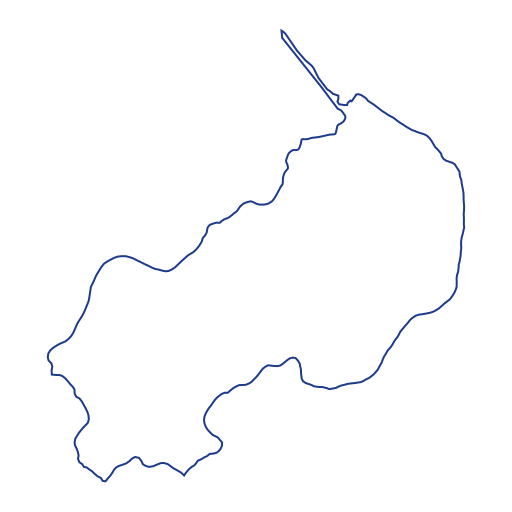 I-1 Barima, Barima-Waini, Guyana
{"feature_id": "73187651B60550575754674", "entity_name": "I-1 Barima", "entity_type": "district", "adm_level": 2, "iso_a3": "GUY", "parent_name": "Guyana", "parent_adm1": "Barima-Waini", "projection": "mercator", "projection_center": [-60.025, 7.862], "detail": "fine", "context": "isolated", "style": "outline", "palette": "blue", "viewbox_px": 512, "rotation_deg": 0, "n_neighbors": 0, "source": "geoboundaries", "source_scale": "gbopen_adm2", "svg_char_len": 5332}
<svg xmlns="http://www.w3.org/2000/svg" viewBox="0 0 512 512"><path d="M356.0,94.7L356.1,95.0L351.6,101.3L350.3,100.6L347.7,102.9L347.1,105.0L344.9,105.1L339.2,104.3L337.5,101.7L338.4,98.7L338.3,95.6L336.7,95.1L332.9,93.8L332.9,93.7L329.8,91.0L327.4,89.5L327.2,89.4L318.6,78.1L313.3,67.7L311.7,65.7L305.3,60.2L296.8,50.4L285.6,34.0L283.6,32.0L282.6,31.4L281.5,30.7L282.2,37.9L321.9,87.7L322.4,88.4L336.5,107.1L337.7,108.7L337.8,108.8L341.0,110.3L343.2,112.9L344.1,114.5L345.1,115.5L345.4,117.5L345.0,119.0L344.3,120.3L343.2,121.8L340.6,123.6L338.5,124.6L337.6,125.5L337.3,126.3L336.0,132.1L335.6,133.3L334.9,134.1L334.1,134.3L329.2,134.7L320.3,136.7L318.2,137.1L311.6,137.9L308.8,138.8L305.7,139.3L303.1,139.1L302.1,139.3L301.7,139.5L301.5,140.0L300.7,144.2L299.7,147.1L298.6,149.1L297.8,149.7L296.3,150.1L293.6,150.0L292.5,150.3L290.8,151.4L289.4,152.6L288.7,153.5L287.8,155.2L286.1,160.2L286.2,162.0L287.4,164.7L287.6,165.6L288.0,167.5L287.8,168.6L284.8,172.3L283.8,174.6L283.0,177.6L282.8,182.0L282.6,184.1L281.9,185.3L281.2,185.9L276.5,194.8L273.9,199.0L272.5,200.8L271.3,201.8L268.3,203.6L264.8,204.5L263.3,204.6L260.2,204.6L258.7,204.4L256.3,203.7L252.7,201.9L250.6,201.3L246.9,202.2L243.3,203.7L240.5,206.1L238.9,208.2L237.1,210.9L235.4,212.4L234.1,213.1L233.1,214.1L229.4,217.1L226.9,218.4L225.7,218.7L223.7,219.6L220.7,221.8L219.8,222.8L218.6,222.8L217.3,222.7L216.1,222.7L211.6,224.1L210.5,224.6L209.5,225.2L208.0,226.9L207.5,228.0L206.7,232.4L206.3,233.4L204.5,236.2L202.9,237.8L201.6,241.9L199.1,245.9L196.2,249.5L193.5,252.0L188.2,255.2L182.3,260.4L175.0,267.4L172.0,269.4L168.8,270.9L165.9,271.3L162.4,270.7L158.3,269.5L155.2,269.0L152.1,267.7L148.6,265.9L145.1,264.3L132.1,257.9L125.8,256.2L121.3,256.2L117.7,256.6L114.0,257.9L110.7,259.6L107.3,261.5L103.9,263.8L101.3,267.1L97.1,273.9L95.5,276.9L93.9,280.8L90.9,286.9L89.2,298.2L88.6,301.1L87.3,304.4L84.1,312.2L82.1,316.0L78.8,321.1L77.2,323.8L73.3,332.8L71.0,336.3L67.9,339.5L65.4,341.4L59.8,343.8L56.7,345.5L53.2,347.8L50.4,350.2L48.3,353.5L47.8,357.4L48.6,360.5L51.4,363.3L52.3,366.7L51.6,370.6L51.8,374.6L56.2,375.0L59.5,375.0L62.3,376.0L64.9,378.0L67.9,381.3L70.0,383.9L72.3,386.3L74.4,389.2L74.7,393.6L76.2,396.7L79.4,398.4L81.9,401.5L86.0,409.0L87.6,412.5L88.5,415.5L88.8,419.5L87.7,423.0L82.5,428.4L78.7,433.1L75.3,438.7L74.6,442.1L75.0,445.3L76.4,448.1L77.8,451.6L78.6,455.6L78.0,458.8L79.3,462.2L82.2,464.1L83.8,466.8L86.8,467.5L89.1,469.3L92.1,471.3L94.5,473.7L97.3,476.1L100.9,478.0L102.7,480.9L105.6,481.3L107.7,478.5L109.8,476.3L112.0,473.3L114.0,469.8L116.1,467.5L118.8,466.0L126.0,463.5L129.2,461.3L131.9,458.7L135.0,457.0L138.9,457.8L141.3,460.8L142.9,464.2L145.8,466.0L149.2,466.9L153.3,466.2L157.2,464.5L160.8,463.1L163.7,463.0L167.5,464.0L170.0,465.7L173.7,468.5L177.0,470.2L181.0,472.5L184.1,475.5L185.6,473.2L187.3,471.1L189.5,468.7L191.8,466.8L194.4,465.3L196.3,463.0L197.8,460.7L200.6,459.6L204.2,457.4L206.9,456.2L209.8,453.9L213.4,453.6L216.8,452.6L219.2,450.7L220.8,448.5L222.0,445.5L222.1,442.4L220.0,440.1L217.9,437.5L215.3,436.2L212.5,434.8L210.1,432.4L207.7,429.8L205.8,426.9L204.6,423.8L204.0,420.3L204.4,416.9L205.6,413.6L207.3,410.6L209.1,407.8L211.1,405.4L213.2,402.2L214.9,399.9L217.2,397.4L219.7,395.4L222.0,393.8L224.9,392.7L227.7,392.8L230.6,390.3L232.9,388.4L236.3,386.4L239.3,385.1L243.0,385.0L245.8,384.8L249.4,383.3L251.9,381.5L253.9,379.4L256.3,377.0L258.8,374.0L261.1,370.8L262.8,368.7L265.4,366.7L268.0,365.3L271.4,365.7L274.6,366.0L277.4,366.1L280.1,365.6L282.5,364.0L284.6,362.3L287.5,359.9L289.8,358.4L292.8,357.6L295.7,358.1L298.0,360.7L299.7,363.6L300.2,366.5L300.9,369.1L301.0,372.5L301.3,375.2L301.7,378.8L303.1,381.3L305.7,383.0L308.5,384.0L311.1,384.8L314.0,386.3L316.8,386.7L319.5,387.0L322.7,387.1L326.6,388.1L329.3,389.1L332.9,388.5L336.1,387.9L338.6,386.5L342.1,385.3L344.9,384.7L347.5,383.9L350.4,383.5L354.1,383.1L357.7,382.6L360.9,382.1L363.4,381.0L366.1,379.3L368.7,378.2L371.0,376.5L373.4,374.6L375.5,372.3L377.6,369.9L379.0,367.3L380.3,364.9L381.7,362.6L382.8,359.3L384.2,356.3L386.0,353.6L387.4,350.9L391.2,346.5L392.7,344.1L394.3,341.1L396.8,337.9L398.4,335.5L400.2,331.9L402.8,328.6L405.1,325.9L407.3,323.5L409.8,320.3L411.7,318.4L415.5,315.8L419.1,314.6L421.9,314.3L424.7,313.8L427.4,313.3L430.2,312.7L433.0,311.8L435.7,310.4L439.1,308.3L441.4,306.2L444.2,303.7L447.3,301.3L449.9,299.3L452.2,296.2L454.4,292.7L455.7,289.8L456.6,287.0L456.7,284.1L456.7,281.1L456.6,278.2L457.1,274.8L458.1,271.8L458.6,267.7L458.7,264.7L459.5,262.0L460.1,258.7L460.6,255.6L460.8,251.8L461.3,248.1L461.1,245.0L461.1,241.4L461.7,237.5L462.6,234.3L463.4,230.8L464.2,227.4L463.8,224.2L463.9,221.4L463.9,217.4L463.7,214.2L464.0,211.1L464.1,206.7L463.9,203.4L463.6,199.6L463.6,196.1L463.4,192.6L462.8,188.8L462.1,185.7L461.6,182.8L461.3,180.0L459.9,176.0L459.5,171.9L458.1,169.4L456.5,167.0L454.8,164.3L452.4,162.8L449.1,161.7L446.2,160.7L443.5,158.9L441.8,156.3L441.1,153.6L439.2,151.3L437.4,149.2L435.3,147.3L433.4,144.1L431.5,140.8L429.5,138.2L427.1,135.8L424.5,134.4L421.2,133.3L417.6,132.2L415.1,131.1L412.1,130.1L409.8,128.8L406.5,126.9L403.4,124.8L401.0,123.4L398.3,121.5L395.8,119.6L393.4,117.7L391.0,116.5L388.4,115.1L385.3,113.0L381.8,110.8L379.2,108.7L376.3,106.5L373.7,104.5L370.6,102.5L368.0,100.8L365.9,98.2L363.6,96.6L361.0,95.0L358.1,94.1L356.0,94.7Z" fill="none" stroke="#1e3a8a" stroke-width="2"/></svg>